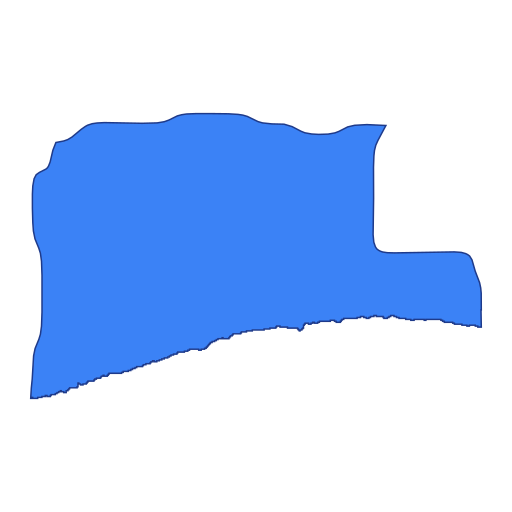 the district of Guayacanes, San Pedro de Macorís, Dominican Republic
{"feature_id": "3306468B17793693444976", "entity_name": "Guayacanes", "entity_type": "district", "adm_level": 2, "iso_a3": "DOM", "parent_name": "Dominican Republic", "parent_adm1": "San Pedro de Macorís", "projection": "robinson", "projection_center": [-69.45, 18.445], "detail": "fine", "context": "isolated", "style": "filled", "palette": "blue", "viewbox_px": 512, "rotation_deg": 0, "n_neighbors": 0, "source": "geoboundaries", "source_scale": "gbopen_adm2", "svg_char_len": 4797}
<svg xmlns="http://www.w3.org/2000/svg" viewBox="0 0 512 512"><path d="M55.9,142.5L52.9,150.2L50.1,162.1L48.5,166.1L47.4,167.8L45.9,169.1L39.4,172.4L36.2,174.7L34.1,178.7L32.8,186.0L32.4,194.1L32.4,208.3L32.8,222.6L33.4,231.0L35.0,238.9L38.8,248.2L40.4,253.2L41.5,261.2L42.0,275.2L42.0,312.2L41.5,326.2L40.4,334.3L38.9,339.2L35.1,348.5L33.6,355.8L32.2,379.2L31.3,388.2L30.7,398.4L31.9,398.4L31.9,397.4L32.7,397.4L32.7,398.4L34.0,398.4L37.7,398.4L37.7,397.9L37.7,397.4L41.3,397.4L41.9,397.4L41.9,396.5L45.3,396.5L45.3,395.5L47.0,395.5L47.0,396.5L48.7,396.5L50.3,396.5L50.3,395.5L51.1,395.5L51.1,394.6L55.3,394.6L55.3,393.6L57.0,393.6L57.0,392.6L58.7,392.6L58.7,391.7L60.4,391.7L60.4,390.7L61.2,390.7L61.2,391.7L63.7,391.7L63.7,392.6L66.2,392.6L66.2,390.7L67.9,390.7L67.9,389.7L68.8,389.7L68.8,388.8L69.6,388.8L69.6,387.8L77.1,387.8L77.1,386.8L78.0,386.8L78.0,383.0L78.8,383.0L78.8,384.0L80.5,384.0L80.5,384.9L83.0,384.9L83.0,384.0L86.3,384.0L86.3,383.0L87.2,383.0L87.2,382.0L88.0,382.0L88.0,381.1L93.9,381.1L93.9,380.1L94.7,380.1L94.7,379.1L96.4,379.1L96.4,378.2L100.6,378.2L100.6,377.2L101.4,377.0L101.4,376.2L103.1,376.2L103.1,375.3L104.0,375.3L104.0,376.2L107.3,376.2L107.3,375.3L108.2,375.3L108.2,374.3L109.0,374.3L109.0,373.3L116.4,373.3L121.6,373.3L121.6,372.4L123.2,372.4L123.2,371.4L128.3,371.4L128.3,370.5L130.8,370.5L130.8,369.5L132.5,369.5L132.5,368.5L135.0,368.5L135.0,368.1L135.0,367.6L136.7,367.6L136.7,366.6L142.5,366.6L142.5,365.6L143.4,365.6L143.4,364.7L145.9,364.7L145.9,363.7L150.1,363.7L150.1,362.7L150.9,362.7L150.9,361.8L152.6,361.8L152.6,360.8L154.2,360.8L154.2,361.8L156.8,361.8L156.8,360.8L159.3,360.8L159.3,359.9L161.8,359.9L161.8,358.9L164.3,358.9L164.3,357.9L167.7,357.9L167.7,357.0L169.4,357.0L169.4,356.0L171.0,356.0L171.0,355.0L173.5,355.0L173.5,354.1L176.9,354.1L176.9,353.1L177.7,353.1L177.7,352.1L184.4,352.1L184.4,351.2L187.8,351.2L187.8,350.2L189.5,350.2L189.5,349.2L198.7,349.2L198.7,350.2L201.2,350.2L201.2,349.2L204.6,349.2L204.6,348.3L206.2,348.3L206.2,347.3L207.1,347.3L207.1,346.4L207.9,346.4L207.9,345.4L208.7,345.4L208.7,344.4L209.6,344.4L209.6,343.5L210.4,343.5L210.4,342.5L212.1,342.5L212.1,341.5L214.6,341.5L214.6,340.6L216.3,340.6L216.3,339.6L218.0,339.6L218.0,338.7L222.1,338.7L222.1,337.7L223.0,337.7L223.0,338.7L228.9,338.7L228.9,337.7L229.7,337.7L229.7,336.7L230.5,336.7L230.5,335.8L232.2,335.8L232.2,334.8L233.1,334.8L233.1,333.8L240.6,333.8L240.6,332.9L241.4,332.9L241.4,331.9L246.5,331.9L246.5,330.9L252.3,330.9L252.3,330.0L264.1,330.0L264.1,329.0L269.9,329.0L269.9,328.1L275.8,328.1L275.8,327.1L276.6,327.1L276.6,326.1L280.0,326.1L280.0,327.1L287.5,327.1L287.5,328.1L297.6,328.1L297.6,329.0L298.4,329.0L298.4,330.0L299.3,330.0L299.3,330.9L300.1,330.9L300.1,330.0L301.8,330.0L301.8,329.0L302.6,329.0L302.6,328.1L303.5,328.1L303.5,325.2L304.3,325.2L304.3,324.2L305.1,324.2L305.1,323.2L308.5,323.2L308.5,324.2L311.0,324.2L311.0,323.2L312.7,323.2L312.7,322.3L314.4,322.3L314.4,323.2L317.7,323.2L317.7,322.3L319.4,322.3L319.4,321.3L330.3,321.3L330.3,320.3L334.5,320.3L334.5,321.3L336.2,321.3L336.2,322.3L340.4,322.3L340.4,321.3L341.2,321.3L341.2,320.3L342.0,320.3L342.0,319.4L343.7,319.4L343.7,318.4L357.1,318.4L357.1,317.5L360.5,317.5L360.5,316.5L363.8,316.5L363.8,317.5L366.3,317.5L366.3,318.4L368.9,318.4L368.9,317.5L370.5,317.5L370.5,316.5L373.9,316.5L373.9,315.5L376.4,315.5L376.4,316.5L383.1,316.5L383.1,317.5L383.9,317.5L383.9,318.4L387.3,318.4L387.3,317.5L389.0,317.5L389.0,316.5L390.7,316.5L390.7,315.5L394.0,315.5L394.0,316.5L396.5,316.5L396.5,317.5L399.0,317.5L399.0,318.4L405.7,318.4L405.7,319.4L410.8,319.4L410.8,320.3L414.1,320.3L414.1,319.4L424.2,319.4L424.2,319.9L424.2,320.3L425.9,320.3L425.9,319.8L425.9,319.4L430.5,319.4L440.9,319.4L440.9,319.7L440.9,320.3L442.6,320.3L442.6,321.3L444.3,321.3L444.3,322.3L452.7,322.3L452.7,323.2L454.4,323.2L454.4,324.2L461.9,324.2L461.9,325.2L466.9,325.2L466.9,326.1L469.4,326.1L469.4,325.2L475.3,325.2L475.3,326.1L477.8,326.1L477.8,327.1L481.3,327.1L481.0,309.9L481.3,309.9L481.2,293.2L480.7,287.9L479.6,282.7L475.2,271.1L472.0,259.9L469.6,256.0L467.7,254.6L465.7,253.6L461.3,252.4L454.2,251.9L394.6,252.9L387.3,252.7L382.7,252.0L380.6,251.3L378.6,250.3L376.7,248.8L375.4,246.8L373.8,242.2L373.1,234.7L373.6,198.2L373.5,167.0L373.9,155.9L374.5,150.4L375.8,145.2L377.9,140.5L385.9,125.5L366.9,124.6L354.6,125.3L347.7,126.9L338.9,131.4L334.9,132.9L328.1,134.1L318.7,134.4L311.7,134.0L304.9,132.8L300.9,131.2L292.1,126.6L284.1,124.2L271.9,123.9L262.5,122.9L258.0,121.6L247.3,116.4L242.8,115.1L238.1,114.4L228.4,113.8L211.1,113.6L196.2,113.6L186.5,114.0L181.8,114.7L177.3,115.9L168.8,120.1L164.3,121.7L157.2,122.9L142.2,123.3L104.4,122.6L97.0,123.0L92.2,123.7L87.6,125.2L85.4,126.4L81.4,129.2L71.9,137.1L67.7,139.6L63.7,141.0L55.9,142.5Z" fill="#3b82f6" stroke="#1e3a8a" stroke-width="1.5"/></svg>